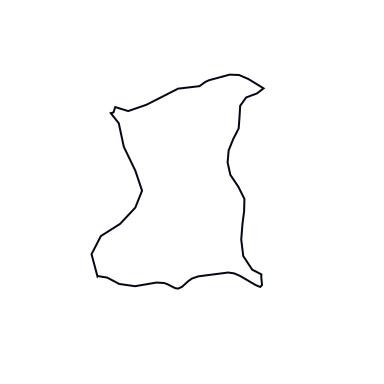 Zaqatala, Albers equal-area conic projection, rotated 130°
{"feature_id": "AZE-1731", "entity_name": "Zaqatala", "entity_type": "District", "adm_level": 1, "iso_a3": "AZE", "parent_name": "Azerbaijan", "parent_adm1": "", "projection": "albers", "projection_center": [46.668, 41.598], "detail": "fine", "context": "isolated", "style": "outline", "palette": "ink", "viewbox_px": 384, "rotation_deg": 130, "n_neighbors": 0, "source": "natural_earth", "source_scale": "10m", "svg_char_len": 870}
<svg xmlns="http://www.w3.org/2000/svg" viewBox="0 0 384 384"><g transform="rotate(130 192 192)"><path d="M218.2,78.6L220.9,78.7L222.4,83.6L225.4,101.2L227.2,107.3L230.4,112.5L252.4,132.8L258.1,136.3L262.4,137.5L271.1,138.7L275.0,140.6L276.5,143.2L278.4,151.4L279.6,154.8L284.2,161.0L300.8,175.1L309.2,188.6L312.1,202.0L317.0,210.2L317.4,210.2L304.2,229.0L284.3,233.5L262.6,226.6L240.4,225.4L223.1,231.1L212.1,249.1L201.2,273.3L186.4,292.3L183.8,304.9L181.5,303.3L176.3,305.4L171.0,292.9L154.5,283.0L121.8,269.1L106.1,254.3L99.3,252.6L95.4,250.8L77.9,238.6L72.1,231.1L69.2,221.3L66.6,203.8L74.7,205.6L84.8,211.3L95.0,210.5L104.3,203.6L113.3,197.1L124.8,194.5L136.5,190.7L146.4,183.8L154.2,173.7L158.2,159.9L163.6,147.4L173.4,139.6L183.9,132.9L196.8,123.7L208.1,111.6L212.8,96.0L210.5,85.9L212.5,84.4L218.2,78.6Z" fill="none" stroke="#020617" stroke-width="2"/></g></svg>